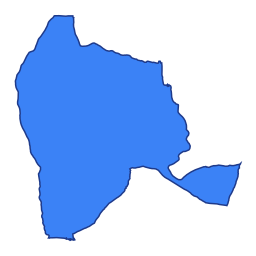 the district of Muheza, Tanga, United Republic of Tanzania
{"feature_id": "72390352B38576032693201", "entity_name": "Muheza", "entity_type": "district", "adm_level": 2, "iso_a3": "TZA", "parent_name": "United Republic of Tanzania", "parent_adm1": "Tanga", "projection": "albers", "projection_center": [38.789, -5.179], "detail": "fine", "context": "isolated", "style": "filled", "palette": "blue", "viewbox_px": 256, "rotation_deg": 0, "n_neighbors": 0, "source": "geoboundaries", "source_scale": "gbopen_adm2", "svg_char_len": 5708}
<svg xmlns="http://www.w3.org/2000/svg" viewBox="0 0 256 256"><path d="M73.9,240.1L74.8,239.8L73.9,238.2L73.3,238.0L72.9,235.0L72.8,234.6L72.9,233.8L73.2,233.6L74.0,233.6L77.6,231.5L79.5,230.8L84.4,228.4L85.8,228.0L88.1,226.8L88.8,226.6L90.0,225.9L92.4,224.2L94.4,223.1L95.3,221.1L95.7,220.3L96.8,218.8L98.4,216.9L99.0,216.0L99.5,214.8L100.5,213.1L102.6,210.5L103.6,209.4L104.4,208.9L104.9,207.8L106.0,206.9L109.0,203.3L110.7,202.3L114.4,199.6L116.5,198.1L117.2,197.6L118.0,197.2L120.7,195.2L122.3,193.3L124.0,191.7L124.8,190.6L124.8,189.2L126.1,188.2L126.1,187.8L125.9,187.1L127.0,186.5L127.2,185.9L128.3,183.9L128.3,183.4L128.2,183.4L128.4,180.8L129.9,178.6L129.7,176.5L130.0,176.1L130.0,175.8L129.7,175.0L130.1,174.2L130.1,173.5L130.4,172.5L130.1,171.5L130.6,170.4L129.8,168.9L130.1,168.7L131.4,168.0L132.5,167.7L133.8,168.0L135.4,168.0L137.1,167.5L139.3,167.2L142.1,166.4L143.4,166.3L145.6,167.1L149.9,168.2L151.9,168.6L154.3,168.7L156.0,169.0L158.4,170.3L162.6,175.3L164.8,177.2L166.6,178.3L167.8,178.9L184.3,189.2L186.5,190.2L188.0,191.1L190.5,192.9L191.6,194.2L194.0,195.9L197.1,196.9L199.8,199.3L201.6,200.1L202.3,200.7L204.9,202.1L205.6,202.7L209.8,203.4L217.1,203.9L219.6,204.5L225.5,205.3L226.9,205.6L227.3,204.6L227.8,203.7L228.4,201.3L228.8,200.1L228.8,199.3L229.5,196.6L229.8,196.2L230.0,195.4L230.5,194.9L231.7,192.8L233.1,189.8L233.4,188.6L233.9,187.9L234.1,187.7L234.4,187.2L234.8,185.9L235.7,183.6L236.0,182.3L236.0,181.8L237.4,178.2L238.0,176.2L238.0,175.5L238.3,173.2L238.2,172.9L238.0,172.6L238.2,171.6L238.1,171.0L238.2,169.8L238.4,169.3L239.0,168.2L239.4,168.0L239.3,166.1L239.6,165.0L240.4,164.0L240.6,163.4L239.6,164.3L236.8,164.8L235.2,165.3L234.4,165.4L233.6,165.6L231.8,165.6L229.8,165.3L227.9,166.1L226.3,166.2L225.2,166.2L223.5,165.8L218.6,165.1L217.0,165.5L215.1,165.7L213.6,165.7L210.8,166.5L209.1,167.4L207.6,167.2L206.9,166.9L206.4,167.1L205.8,166.5L204.7,166.8L203.7,166.8L195.4,169.8L191.0,172.0L186.5,174.9L186.4,175.1L183.9,177.1L181.7,179.4L180.5,179.7L178.4,179.6L176.6,178.6L175.5,177.9L172.8,175.9L171.3,174.0L170.5,172.1L169.5,170.5L168.6,169.1L168.1,167.8L168.6,166.2L169.8,165.2L171.7,164.6L173.8,163.6L178.0,160.6L179.0,159.6L179.0,158.0L178.4,156.2L179.0,154.7L180.2,153.5L183.2,151.5L185.4,151.4L188.9,149.9L189.4,149.3L189.9,148.2L190.2,146.0L189.1,143.5L188.1,142.6L187.4,141.2L186.4,139.9L186.4,138.5L187.1,136.8L188.5,135.1L188.9,133.1L188.2,131.5L186.4,129.6L186.5,127.3L186.4,125.1L185.5,122.1L185.1,120.8L183.7,118.4L182.3,116.7L179.9,114.5L178.3,112.6L178.0,111.3L178.4,105.5L178.2,104.7L177.2,104.3L175.9,103.9L175.3,103.0L174.3,102.5L173.5,101.6L172.7,100.5L171.7,97.2L171.4,92.8L171.2,91.2L170.8,89.6L171.1,87.8L170.8,86.2L170.2,85.6L169.6,85.6L169.1,85.0L168.7,85.4L168.7,86.1L168.0,86.4L167.7,85.9L167.7,85.6L168.2,85.2L168.0,84.7L167.6,84.3L167.3,85.0L167.3,85.4L167.0,85.7L166.4,85.0L166.1,85.0L165.5,85.2L164.6,85.1L164.1,84.9L163.6,84.4L163.3,83.4L162.6,79.7L162.5,78.4L162.6,77.1L162.1,75.9L161.9,74.4L162.0,70.4L162.0,66.2L161.7,62.9L160.8,63.0L160.5,62.2L160.4,61.6L160.1,61.2L158.9,61.3L158.7,61.8L158.6,62.5L158.3,63.0L157.9,63.2L156.2,63.0L155.0,62.6L153.4,62.3L152.7,62.5L147.8,61.2L147.0,61.4L146.3,62.2L144.7,62.3L144.1,62.0L143.4,61.5L141.7,60.7L140.6,60.9L140.0,60.6L137.9,60.2L137.1,59.7L136.7,59.2L135.0,59.0L132.4,58.1L131.8,57.8L131.1,57.2L130.8,56.6L129.8,55.7L129.2,55.4L128.3,55.2L126.9,55.0L126.1,55.0L125.4,55.2L124.7,55.1L123.0,55.3L121.9,55.1L120.7,54.8L119.8,54.3L119.1,53.8L118.0,53.3L115.8,52.9L114.2,52.1L113.5,51.4L112.0,50.7L110.4,50.8L109.6,51.1L108.8,51.1L106.7,50.6L105.5,50.1L104.9,49.6L103.1,48.5L100.3,46.2L98.0,45.0L96.8,44.2L95.6,43.8L94.9,43.3L94.0,43.0L92.4,43.3L88.7,45.3L87.6,45.7L85.9,46.1L82.1,46.3L80.4,45.8L79.7,44.4L79.3,43.3L79.2,42.7L78.0,39.5L77.5,38.6L77.2,37.7L75.3,34.2L74.6,31.1L74.5,30.1L73.6,26.7L73.5,24.3L73.8,21.9L73.6,21.1L73.7,20.1L73.5,18.4L73.5,18.1L73.8,17.8L73.8,17.6L73.2,17.2L72.7,16.7L72.7,16.4L72.8,16.2L72.8,15.9L68.1,15.9L65.9,16.2L59.0,15.7L54.3,15.8L54.0,16.3L53.0,17.7L51.1,19.2L49.0,21.5L48.4,22.5L47.2,26.0L44.9,30.4L41.1,36.0L39.8,37.6L39.2,38.2L38.7,38.9L38.3,39.6L37.6,41.7L37.3,42.2L37.2,42.8L36.6,44.4L36.0,45.7L35.1,48.5L34.4,49.8L33.7,50.5L33.0,51.0L30.3,51.9L29.2,52.4L26.7,56.2L23.7,62.5L22.7,63.9L21.8,64.7L21.2,65.6L20.2,69.8L19.3,71.9L18.2,73.3L17.0,75.0L16.1,79.0L15.5,80.5L15.4,81.4L15.6,83.4L15.6,84.8L16.1,87.5L16.8,89.1L18.2,91.7L18.3,92.4L18.2,96.9L18.1,98.9L17.6,101.8L17.6,103.2L17.7,104.2L19.2,107.3L19.6,108.5L19.9,109.9L20.2,113.5L19.9,115.4L20.0,116.6L20.0,118.6L20.7,122.8L21.3,124.9L22.6,128.0L24.7,131.7L27.0,136.8L28.2,138.7L29.0,140.7L29.4,142.6L29.6,144.7L30.0,146.1L30.2,148.8L30.5,150.3L30.5,151.2L30.7,152.2L31.4,153.9L32.9,156.0L33.3,156.8L34.7,158.5L35.6,160.1L36.5,162.2L37.1,163.1L37.6,164.0L38.7,165.3L40.2,166.8L40.5,167.2L40.5,169.9L40.2,170.3L39.4,172.4L38.5,173.9L38.8,176.2L39.9,182.7L39.9,183.3L39.8,184.0L40.1,185.7L40.2,186.3L39.8,187.4L39.4,188.0L39.2,189.0L39.9,192.6L40.0,193.8L40.0,194.9L39.2,197.1L39.4,198.4L39.6,199.0L41.0,201.4L41.2,202.1L41.3,203.1L41.1,204.7L41.4,206.3L41.6,210.0L42.6,213.1L42.4,214.1L41.8,215.6L41.8,217.0L42.6,218.5L42.8,220.1L43.1,221.4L42.8,222.2L43.0,223.6L44.5,226.4L44.3,227.2L44.3,228.4L44.4,229.2L44.7,229.7L44.8,230.3L45.3,231.0L45.4,233.0L46.0,234.0L46.8,234.6L48.5,235.0L49.0,235.4L49.0,236.5L48.5,237.9L48.9,237.8L49.4,238.1L50.3,237.8L52.2,237.8L56.6,237.6L64.2,238.2L65.3,238.5L66.3,238.1L66.3,239.1L66.6,239.2L67.9,239.0L68.6,239.5L69.5,239.7L70.1,240.0L70.1,240.3L70.3,240.3L70.5,240.1L70.7,239.6L70.6,239.2L70.2,238.9L70.9,238.8L71.2,239.2L71.5,239.8L72.0,239.8L73.1,239.9L73.2,239.7L73.2,239.2L73.7,239.7L73.9,240.1Z" fill="#3b82f6" stroke="#1e3a8a" stroke-width="1.5"/></svg>